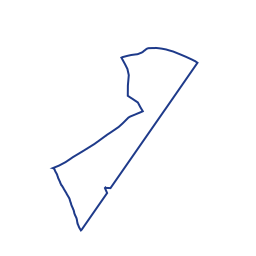 outline of Shahin, Al Mahrah, Yemen, rotated 59°
{"feature_id": "15242507B71328549079212", "entity_name": "Shahin", "entity_type": "district", "adm_level": 2, "iso_a3": "YEM", "parent_name": "Yemen", "parent_adm1": "Al Mahrah", "projection": "orthographic", "projection_center": [52.4, 17.895], "detail": "fine", "context": "isolated", "style": "outline", "palette": "blue", "viewbox_px": 256, "rotation_deg": 59, "n_neighbors": 0, "source": "geoboundaries", "source_scale": "gbopen_adm2", "svg_char_len": 3903}
<svg xmlns="http://www.w3.org/2000/svg" viewBox="0 0 256 256"><g transform="rotate(59 128 128)"><path d="M64.3,97.4L71.9,97.7L77.1,98.1L83.1,100.1L91.5,106.2L100.3,111.6L111.2,106.4L116.8,106.7L121.3,106.7L121.3,106.8L119.3,120.3L119.3,121.5L119.3,122.3L121.3,130.3L122.3,135.4L122.9,145.7L123.0,149.0L124.4,164.9L124.6,178.4L124.6,188.5L124.6,190.4L124.8,193.1L125.1,199.2L124.7,206.5L123.7,213.0L123.8,212.9L124.0,212.8L124.3,212.7L124.6,212.6L124.8,212.5L125.1,212.4L125.3,212.3L125.6,212.3L125.9,212.3L126.2,212.4L126.5,212.5L127.0,212.6L127.3,212.6L127.6,212.6L127.8,212.6L128.1,212.6L128.4,212.7L128.7,212.7L129.0,212.7L129.3,212.7L129.6,212.7L129.9,212.7L130.2,212.7L130.4,212.7L130.7,212.7L130.9,212.8L131.2,212.8L131.6,212.8L131.8,212.9L132.1,213.0L132.4,213.1L132.7,213.1L133.0,213.2L133.5,213.2L133.8,213.3L134.0,213.4L134.3,213.5L134.6,213.6L135.0,213.6L135.3,213.6L135.5,213.7L135.9,213.7L136.1,213.7L136.5,213.8L136.8,213.8L137.0,213.8L137.4,213.9L137.7,213.9L138.0,213.9L138.3,214.0L138.5,214.0L138.8,214.0L139.1,214.0L139.4,214.1L139.6,214.2L139.9,214.2L140.2,214.3L140.5,214.3L140.8,214.4L141.0,214.4L141.3,214.4L141.6,214.4L141.9,214.4L142.2,214.4L142.4,214.5L142.7,214.6L143.0,214.5L143.5,214.3L144.0,214.3L144.3,214.4L144.6,214.4L144.9,214.3L145.1,214.3L145.4,214.3L145.6,214.3L146.1,214.3L146.6,214.4L146.9,214.4L147.3,214.4L147.5,214.4L147.8,214.4L148.1,214.4L148.4,214.4L148.7,214.4L149.1,214.4L149.4,214.4L149.6,214.4L149.9,214.4L150.2,214.4L150.5,214.4L151.0,214.4L151.3,214.4L151.7,214.4L151.9,214.4L152.2,214.4L152.5,214.4L152.8,214.5L153.1,214.5L153.4,214.5L153.8,214.5L154.1,214.5L154.4,214.5L154.6,214.5L154.9,214.5L155.2,214.5L155.4,214.5L155.7,214.5L155.9,214.5L156.2,214.5L156.5,214.5L156.8,214.5L157.1,214.5L157.4,214.5L157.7,214.5L158.0,214.6L158.3,214.6L158.6,214.6L158.8,214.7L159.1,214.7L159.4,214.8L159.7,214.9L159.9,215.0L160.2,215.1L160.5,215.1L160.8,215.2L161.1,215.3L161.3,215.3L161.6,215.4L162.0,215.5L162.3,215.5L162.5,215.6L162.8,215.6L163.0,215.7L163.3,215.7L163.6,215.8L163.8,215.9L164.1,216.0L164.3,216.1L164.6,216.2L164.9,216.2L165.2,216.2L165.4,216.2L165.7,216.3L165.9,216.4L166.2,216.4L166.5,216.4L166.9,216.5L167.2,216.5L167.4,216.5L167.8,216.6L168.1,216.6L168.4,216.6L168.6,216.7L168.9,216.7L169.2,216.8L169.5,216.9L169.8,216.9L170.1,216.9L170.4,216.9L170.7,217.0L171.0,217.1L171.5,217.2L171.6,217.3L171.8,217.3L172.1,217.4L172.3,217.5L172.5,217.6L172.8,217.7L173.2,217.8L173.5,217.9L173.7,218.0L174.0,218.0L174.3,218.1L174.5,218.1L174.8,218.1L175.1,218.2L175.3,218.2L175.6,218.3L175.9,218.3L176.1,218.3L176.4,218.3L176.7,218.4L177.0,218.4L177.4,218.4L177.7,218.5L178.1,218.5L178.4,218.5L178.7,218.6L179.0,218.7L179.5,218.8L179.8,218.9L180.1,219.0L180.3,219.1L180.6,219.2L180.9,219.3L181.1,219.4L181.4,219.5L181.6,219.6L181.9,219.7L182.1,219.8L182.3,219.9L182.6,220.0L182.9,220.1L183.1,220.1L183.4,220.2L183.7,220.3L183.9,220.5L184.2,220.5L184.4,220.5L184.5,220.6L184.9,220.6L185.4,220.7L185.9,220.7L186.2,220.8L186.4,220.8L186.7,220.9L187.0,220.9L187.4,221.0L187.7,221.0L188.0,221.1L188.4,221.1L188.7,221.1L188.9,221.1L189.2,221.1L189.5,221.1L189.8,221.1L190.1,221.1L190.4,221.1L190.7,221.1L191.0,221.1L191.5,221.1L191.3,220.1L173.0,179.4L167.6,178.7L167.4,178.0L168.1,177.9L168.0,177.7L170.5,174.0L131.7,87.7L131.1,86.3L107.9,34.9L107.7,35.0L107.1,35.2L106.5,35.5L105.3,36.0L105.0,36.2L104.9,36.3L102.2,38.0L96.9,41.6L92.1,45.1L89.7,46.9L85.7,49.9L82.3,53.1L80.3,54.9L77.1,58.5L76.9,58.8L75.9,60.0L73.7,62.9L73.1,64.2L72.2,65.7L70.8,68.1L70.5,68.7L70.3,69.0L70.1,69.5L69.9,70.2L69.8,70.8L69.8,71.4L69.8,71.7L69.9,72.4L69.9,72.6L70.0,73.3L70.1,73.6L70.1,73.8L70.1,74.6L70.2,75.0L70.3,75.5L70.4,76.0L70.4,76.4L70.4,77.2L70.4,77.4L70.4,77.5L70.2,78.6L70.0,79.7L69.9,80.6L69.7,81.6L69.5,82.2L69.3,82.7L69.1,83.0L68.8,83.7L67.1,87.6L66.4,89.7L66.0,90.9L65.6,92.2L64.4,96.3L64.4,96.7L64.3,97.4Z" fill="none" stroke="#1e3a8a" stroke-width="2"/></g></svg>